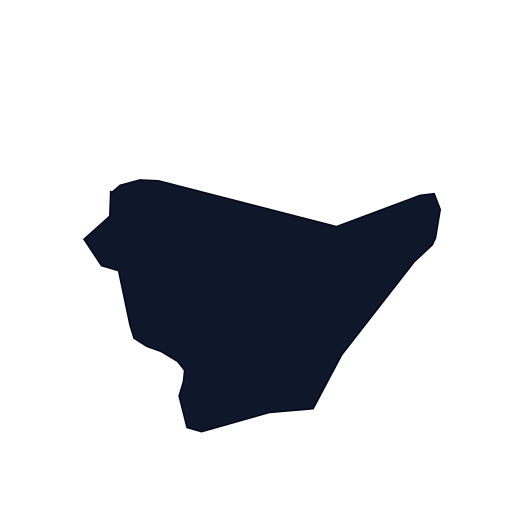 map outline of Sežana (orthographic projection), rotated 135°
{"feature_id": "SVN-1034", "entity_name": "Sežana", "entity_type": "Municipality", "adm_level": 1, "iso_a3": "SVN", "parent_name": "Slovenia", "parent_adm1": "", "projection": "orthographic", "projection_center": [13.883, 45.722], "detail": "fine", "context": "isolated", "style": "filled", "palette": "ink", "viewbox_px": 512, "rotation_deg": 135, "n_neighbors": 0, "source": "natural_earth", "source_scale": "10m", "svg_char_len": 528}
<svg xmlns="http://www.w3.org/2000/svg" viewBox="0 0 512 512"><g transform="rotate(135 256 256)"><path d="M313.2,404.4L312.6,402.9L302.1,402.1L284.4,392.0L271.8,378.2L178.3,219.9L97.1,182.9L85.9,174.1L92.8,158.6L116.3,141.8L123.4,139.2L148.3,140.0L265.2,125.5L323.6,107.6L357.5,136.1L418.7,170.2L426.1,183.5L409.4,211.4L396.3,218.4L387.3,225.7L386.0,237.0L390.7,255.8L397.1,269.2L400.4,284.1L394.1,296.1L363.6,342.8L372.1,358.4L365.8,389.5L331.2,387.6L313.2,404.4Z" fill="#0f172a" stroke="#020617" stroke-width="1.5"/></g></svg>